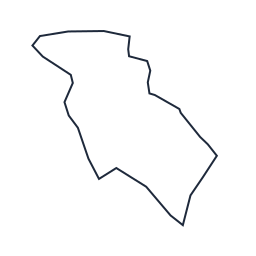 Eastern Tobago, Mercator projection, rotated 263°
{"feature_id": "TTO-50", "entity_name": "Eastern Tobago", "entity_type": "Region", "adm_level": 1, "iso_a3": "TTO", "parent_name": "Trinidad and Tobago", "parent_adm1": "", "projection": "mercator", "projection_center": [-60.599, 11.278], "detail": "fine", "context": "isolated", "style": "outline", "palette": "slate", "viewbox_px": 256, "rotation_deg": 263, "n_neighbors": 0, "source": "natural_earth", "source_scale": "10m", "svg_char_len": 529}
<svg xmlns="http://www.w3.org/2000/svg" viewBox="0 0 256 256"><g transform="rotate(263 128 128)"><path d="M81.0,93.0L102.4,85.0L134.3,78.3L147.6,70.7L161.4,68.1L179.4,78.7L187.7,77.7L209.3,52.1L221.5,43.2L230.0,51.8L231.1,80.4L227.2,115.8L218.7,140.8L206.1,137.8L199.1,137.8L192.1,155.2L182.2,157.1L170.9,153.2L159.7,153.5L157.5,158.6L140.6,181.3L136.6,182.2L110.3,198.5L102.1,205.2L89.6,212.8L69.8,196.1L53.5,181.8L24.9,170.6L36.0,159.6L67.5,138.9L89.7,111.5L81.0,93.0Z" fill="none" stroke="#1e293b" stroke-width="2"/></g></svg>